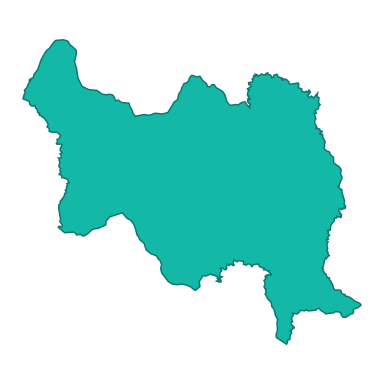 Topaipí, Cundinamarca, Colombia (orthographic projection)
{"feature_id": "7082276B13508800069021", "entity_name": "Topaipí", "entity_type": "district", "adm_level": 2, "iso_a3": "COL", "parent_name": "Colombia", "parent_adm1": "Cundinamarca", "projection": "orthographic", "projection_center": [-74.26, 5.35], "detail": "fine", "context": "isolated", "style": "filled", "palette": "teal", "viewbox_px": 384, "rotation_deg": 0, "n_neighbors": 0, "source": "geoboundaries", "source_scale": "gbopen_adm2", "svg_char_len": 5890}
<svg xmlns="http://www.w3.org/2000/svg" viewBox="0 0 384 384"><path d="M58.2,227.3L64.7,232.7L73.6,232.1L75.3,232.9L76.6,235.0L80.9,234.4L82.7,236.0L84.0,235.9L87.9,233.7L91.6,230.0L94.2,228.8L98.4,228.3L105.7,224.9L106.2,220.9L109.7,216.9L122.3,212.8L126.8,218.1L130.9,220.5L133.6,224.0L135.2,227.7L137.0,235.0L138.6,236.6L139.5,239.5L144.0,243.2L146.2,249.9L150.8,253.7L156.4,255.8L158.4,259.1L160.0,260.5L161.6,264.4L160.7,268.5L161.7,272.9L168.3,281.6L172.7,284.2L177.3,284.7L181.8,284.0L184.7,284.5L190.2,286.5L194.6,290.1L195.8,290.2L199.9,286.6L199.3,281.5L203.1,275.6L205.6,276.1L210.4,274.1L212.7,275.1L214.0,275.0L218.0,277.2L217.2,278.4L218.8,280.2L216.6,281.1L219.4,282.1L221.3,281.7L220.8,279.8L219.1,278.8L222.1,276.8L219.4,275.8L220.3,272.3L221.9,270.5L220.3,268.4L222.3,268.0L224.7,269.7L226.2,269.5L226.7,268.8L226.5,265.4L227.5,264.0L228.9,265.6L230.7,263.9L232.7,265.4L233.8,265.5L234.1,264.8L233.3,263.5L233.5,260.7L234.1,259.7L236.4,261.7L237.5,261.6L238.9,260.5L243.7,261.6L243.5,264.4L246.6,265.1L247.6,263.9L249.9,264.1L251.9,266.6L253.4,264.6L258.4,264.0L259.5,266.6L262.5,267.5L263.3,268.6L264.3,268.3L263.9,269.8L265.5,269.7L267.8,271.2L269.2,270.7L269.1,272.4L271.4,274.3L270.8,275.3L268.4,274.6L266.2,275.3L266.9,277.0L265.2,276.5L265.6,279.1L264.0,280.4L265.3,284.2L264.0,286.4L264.6,288.3L266.0,288.7L265.5,290.4L266.2,292.3L265.1,294.0L268.3,299.7L271.2,302.3L271.8,306.6L274.0,309.1L275.5,315.6L277.8,319.7L277.0,322.1L277.4,329.2L277.2,331.7L276.1,334.1L276.3,337.5L286.6,344.2L287.5,342.6L287.4,340.4L289.9,339.4L290.1,335.9L291.6,333.0L291.3,331.5L290.0,330.7L292.4,329.5L292.7,328.2L294.2,328.0L294.1,327.1L290.8,323.8L291.3,322.3L292.6,321.9L291.4,317.8L293.4,315.0L292.6,313.2L297.1,314.0L299.3,312.2L300.2,310.4L304.7,310.8L306.3,309.9L308.0,310.9L315.9,310.2L317.0,308.9L319.0,308.2L320.7,310.4L324.9,312.9L325.5,313.9L334.0,312.7L335.1,311.7L338.5,311.7L341.3,313.4L341.2,314.8L342.9,317.2L345.5,317.4L351.2,313.8L352.7,313.7L353.7,311.8L353.0,310.3L354.2,308.8L357.7,307.8L361.0,305.1L360.0,303.5L354.7,301.0L350.3,297.6L347.3,296.3L345.6,296.4L345.1,294.6L343.5,294.4L341.3,292.9L341.3,291.2L340.3,290.1L334.9,290.1L333.7,288.5L332.3,283.7L331.1,282.8L331.2,281.7L329.8,280.1L329.2,277.7L327.4,277.7L325.6,273.6L324.3,273.3L324.1,272.0L322.4,270.1L323.4,269.2L322.2,268.1L323.1,267.2L324.9,258.9L325.6,258.0L326.3,258.7L327.5,256.8L329.3,255.6L327.8,253.4L327.9,251.9L326.5,250.2L327.7,249.0L326.9,244.4L328.1,241.5L326.4,240.8L326.4,239.5L328.4,239.1L327.6,237.0L329.6,235.2L328.0,233.6L328.5,231.8L327.5,230.6L330.2,230.1L331.0,224.9L334.4,220.6L334.2,218.4L336.2,218.2L336.9,216.1L337.8,217.2L339.3,216.5L340.5,217.4L341.3,217.1L341.5,214.4L340.0,213.5L339.9,211.8L338.9,211.3L338.6,209.3L340.0,208.4L340.6,209.5L341.5,209.5L343.5,208.6L343.8,207.7L345.1,208.4L345.7,206.3L344.1,204.1L344.6,201.2L342.0,192.4L341.8,189.6L340.7,189.3L338.0,186.4L339.4,185.8L339.3,184.6L341.9,178.4L341.9,176.6L340.6,173.9L341.1,169.5L339.1,166.7L333.7,163.0L333.5,157.2L330.8,155.2L329.2,151.8L326.3,150.8L324.1,148.4L323.9,147.6L324.8,146.4L324.3,144.6L325.1,142.7L324.8,140.6L323.0,137.9L322.6,134.3L320.7,134.5L319.5,133.7L321.9,132.2L322.2,131.4L320.0,130.5L319.6,128.9L318.1,129.1L317.5,128.1L316.0,128.4L316.6,125.9L314.8,123.7L314.7,120.4L315.9,118.8L314.2,113.4L316.2,113.4L315.3,110.4L318.3,108.8L318.9,105.8L320.2,104.7L318.5,102.9L319.0,97.7L316.9,96.6L317.5,93.3L313.5,98.0L311.5,96.1L309.0,97.6L307.7,95.9L310.3,92.2L309.4,90.3L308.7,90.3L308.0,92.4L306.2,91.2L305.4,92.1L302.0,91.5L301.6,88.8L298.2,87.7L298.9,84.4L298.2,83.0L290.4,84.2L289.1,83.5L288.9,81.8L286.5,79.6L285.3,79.2L283.7,80.0L281.9,79.9L281.7,79.3L282.9,78.5L278.2,76.8L276.9,74.3L274.0,75.1L273.0,77.2L271.8,77.8L270.6,75.0L268.0,74.4L267.7,72.8L266.0,73.6L265.2,75.2L261.6,74.0L258.3,76.3L257.1,74.7L255.0,74.2L255.1,75.0L256.2,75.5L255.0,76.3L253.6,75.8L253.6,77.9L252.1,79.0L253.0,79.8L252.2,82.0L248.6,82.6L248.9,84.8L250.4,84.5L251.2,86.5L247.4,88.8L247.7,89.5L249.5,89.9L247.9,91.9L247.5,95.2L247.7,95.9L249.3,96.3L248.7,98.0L250.2,99.4L249.0,99.9L248.0,99.0L247.6,100.7L248.1,102.7L250.6,104.2L249.3,105.6L249.7,107.7L247.1,105.2L245.0,101.7L241.2,102.7L238.3,104.9L235.6,104.5L231.5,105.3L229.5,105.0L226.8,101.6L225.1,95.2L222.5,91.3L216.0,87.5L214.3,84.7L212.4,84.5L209.9,86.8L207.7,86.7L206.5,83.6L202.8,80.6L199.9,76.3L196.1,77.0L193.8,75.6L191.5,75.4L189.4,78.1L188.6,80.9L186.2,83.2L184.2,83.3L181.5,88.5L181.2,90.4L178.7,94.1L177.6,99.7L174.3,101.9L167.8,112.6L162.1,114.0L155.2,113.2L149.4,115.3L143.8,114.6L135.5,116.3L132.7,113.1L132.6,111.3L129.9,106.4L129.0,103.2L121.6,102.5L118.1,100.1L115.6,100.7L113.6,95.9L111.7,94.6L108.0,94.3L106.4,94.9L102.2,94.1L97.0,90.5L88.7,89.6L82.1,86.4L77.9,78.0L76.4,67.6L74.5,62.0L76.5,52.9L76.0,49.9L69.8,44.5L68.0,41.3L65.8,40.4L63.0,39.8L55.9,40.4L54.4,41.5L49.1,48.7L46.8,50.2L44.5,53.7L41.2,59.6L37.8,69.4L34.0,74.4L33.0,78.3L31.2,78.4L29.4,79.8L29.3,80.2L30.4,80.5L29.4,81.5L29.6,82.5L28.6,83.2L26.8,87.7L24.4,90.2L25.3,92.8L24.4,93.8L23.0,98.8L29.3,101.4L29.7,104.2L31.2,105.8L33.3,106.2L34.5,105.5L35.3,106.2L35.6,108.2L36.7,108.6L37.8,112.5L39.5,113.2L39.0,114.5L39.7,115.3L40.9,115.4L42.0,117.0L43.5,117.3L47.4,122.6L48.2,124.7L47.0,126.9L49.2,128.5L49.2,131.4L51.4,132.2L56.9,132.1L60.5,135.5L58.8,139.1L57.1,139.3L57.4,142.1L56.4,143.5L57.0,144.2L61.2,144.1L62.0,144.6L60.2,149.0L60.2,150.4L62.1,152.8L60.0,153.9L61.2,155.1L61.2,157.6L60.8,158.1L58.5,158.1L59.3,158.8L59.0,160.3L60.0,162.1L58.7,166.3L60.5,168.6L59.9,170.1L60.9,172.4L59.4,173.5L59.2,174.6L61.2,174.9L62.0,177.8L64.2,177.8L66.2,179.0L67.9,179.2L68.1,181.6L69.2,182.7L66.8,183.7L67.5,185.3L66.4,187.0L66.8,188.8L65.3,190.0L66.1,192.2L64.4,193.9L64.5,195.2L63.7,196.9L60.2,201.4L60.4,203.5L58.9,204.7L58.7,208.4L60.5,219.1L59.9,221.8L61.9,224.2L62.4,226.0L61.9,226.8L58.9,226.3L58.2,227.3Z" fill="#14b8a6" stroke="#0f766e" stroke-width="1.5"/></svg>